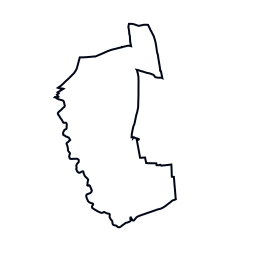 outline of Cuautlancingo, Puebla, Mexico, rotated 146°
{"feature_id": "50627088B22654008154973", "entity_name": "Cuautlancingo", "entity_type": "district", "adm_level": 2, "iso_a3": "MEX", "parent_name": "Mexico", "parent_adm1": "Puebla", "projection": "albers", "projection_center": [-98.25, 19.119], "detail": "fine", "context": "isolated", "style": "outline", "palette": "ink", "viewbox_px": 256, "rotation_deg": 146, "n_neighbors": 0, "source": "geoboundaries", "source_scale": "gbopen_adm2", "svg_char_len": 5843}
<svg xmlns="http://www.w3.org/2000/svg" viewBox="0 0 256 256"><g transform="rotate(146 128 128)"><path d="M167.5,48.8L160.3,46.9L149.0,43.9L146.0,42.8L143.1,42.4L140.5,42.4L138.0,42.6L134.1,42.8L132.5,43.0L131.6,43.0L130.5,42.7L129.4,42.4L128.2,42.2L127.8,43.1L126.2,45.9L125.5,47.2L123.9,50.0L121.1,55.1L117.3,61.8L118.9,63.1L118.5,63.8L115.6,68.4L113.3,72.1L112.5,73.5L118.4,76.5L119.2,77.1L119.6,77.3L120.1,77.4L120.8,77.8L121.5,78.2L121.6,79.1L121.7,79.4L122.4,79.7L123.3,79.9L125.1,81.2L124.3,82.9L130.5,87.2L132.5,88.8L130.4,94.0L133.1,95.6L134.6,96.6L127.3,113.4L127.1,113.2L126.9,113.0L126.5,112.8L125.6,112.3L125.2,112.2L124.9,111.9L125.8,113.6L126.1,114.0L127.1,115.1L127.5,115.7L127.8,116.1L128.1,116.8L128.3,116.9L128.6,117.0L129.0,116.9L128.9,117.0L128.9,117.3L129.0,117.6L129.1,117.8L130.2,118.3L128.2,120.9L124.6,124.5L122.8,126.2L120.3,127.9L118.7,129.4L117.4,130.7L114.0,134.0L111.8,135.8L109.5,138.0L108.3,139.2L107.6,140.1L100.5,150.0L98.3,153.3L93.3,160.6L91.3,163.7L90.5,165.1L89.2,168.1L88.9,169.3L88.4,170.3L88.2,170.9L88.2,171.3L87.2,170.3L84.8,167.1L84.3,166.9L83.7,165.9L82.1,163.9L81.4,163.0L80.3,162.0L79.0,160.5L78.4,159.7L78.0,158.9L77.5,158.4L77.2,157.9L77.0,156.5L77.0,155.2L76.7,154.6L75.1,153.0L74.1,152.3L73.0,151.6L71.8,150.6L71.6,150.2L68.9,156.8L69.3,157.3L69.2,157.5L69.1,157.9L68.9,158.3L68.7,158.4L66.9,162.1L66.3,163.5L65.0,166.3L63.9,168.8L62.4,171.7L61.7,174.2L58.6,180.6L57.6,182.9L56.9,184.6L55.6,188.8L55.4,189.3L55.4,189.5L55.2,190.7L55.0,192.5L54.9,193.1L54.9,193.8L54.7,194.4L54.7,195.5L54.6,196.6L54.3,198.0L53.7,202.3L55.6,203.7L56.3,204.2L57.4,204.8L61.3,206.4L62.0,206.7L62.3,207.0L64.6,210.1L65.1,210.7L66.4,212.1L69.0,213.8L70.2,212.6L71.2,211.6L71.7,210.4L72.8,207.9L74.2,205.5L75.0,203.3L77.5,199.0L77.9,198.5L79.7,194.1L80.8,195.4L81.9,196.1L82.7,196.5L87.4,198.3L87.6,198.4L87.7,198.5L87.8,198.3L91.6,199.8L92.9,200.2L97.8,202.0L101.6,203.0L108.3,204.2L115.4,205.6L116.1,206.3L118.3,207.4L124.3,210.8L128.5,213.5L133.1,209.5L134.3,208.4L135.2,207.7L136.4,206.6L137.9,205.5L140.0,204.5L141.9,203.7L150.0,202.1L152.4,201.8L153.1,201.7L156.9,201.0L159.7,200.6L161.0,200.5L163.6,200.5L162.9,199.6L162.1,198.7L160.4,197.5L159.9,197.0L159.6,196.6L162.0,196.7L166.5,196.9L166.3,196.1L166.1,195.5L168.4,195.3L168.2,192.8L169.0,192.8L169.7,193.1L169.8,193.4L171.1,194.5L171.5,194.4L171.2,194.1L171.0,193.8L170.2,191.8L169.7,190.9L169.4,190.5L168.9,190.0L168.5,189.5L168.0,188.9L167.0,187.7L166.5,186.9L166.4,186.1L166.9,184.6L167.8,182.1L168.3,181.5L168.6,181.2L169.2,181.1L170.0,181.1L172.8,180.5L173.8,180.3L175.7,180.2L176.8,180.0L177.3,179.7L177.8,179.6L178.0,179.4L178.2,179.0L178.2,178.5L178.4,178.0L178.3,177.3L178.3,176.7L178.3,175.9L178.4,174.8L178.4,173.8L178.4,173.1L178.3,172.3L178.4,170.9L178.5,169.9L178.6,168.9L178.5,168.4L178.0,168.0L177.0,167.5L176.6,167.1L176.4,166.5L176.6,165.8L176.7,165.3L177.1,164.6L177.6,164.1L178.2,163.5L178.6,162.7L179.0,162.2L179.4,161.8L179.7,161.7L180.0,161.7L181.0,161.8L181.3,162.0L181.8,161.9L182.2,161.8L182.7,161.4L183.4,161.1L183.9,160.8L184.1,160.7L184.5,160.2L184.8,159.8L185.1,159.2L185.3,159.0L185.5,158.7L185.4,158.5L185.3,158.1L185.1,157.5L184.9,157.3L184.7,157.2L184.5,156.6L184.4,155.9L184.3,155.7L184.2,155.6L184.0,155.3L183.7,155.1L183.3,154.4L183.0,154.0L182.9,153.7L182.6,153.3L182.5,152.7L182.5,152.4L182.6,151.4L182.6,151.1L182.6,150.8L182.7,150.5L182.7,150.4L183.3,150.3L184.4,150.2L185.5,149.9L186.1,149.8L186.8,149.9L187.4,149.7L187.7,149.5L187.9,148.8L188.1,147.8L188.2,147.2L188.6,146.3L188.8,145.7L189.1,145.0L189.5,144.3L190.2,143.0L190.3,142.7L190.4,142.1L190.4,141.4L190.2,140.8L190.2,140.1L190.3,139.4L190.4,139.2L191.5,138.4L192.1,137.9L192.2,137.7L192.7,137.3L192.9,137.0L193.0,136.6L193.0,136.2L193.1,135.9L193.2,135.7L193.3,135.2L193.0,134.7L192.0,133.8L191.5,133.5L190.8,133.2L190.1,132.8L189.7,132.4L189.3,132.1L188.2,131.6L187.5,131.0L187.3,130.8L187.1,130.6L187.0,130.2L186.9,129.8L186.8,129.6L186.7,129.2L186.8,128.9L187.1,128.5L187.4,127.9L188.0,127.4L188.3,127.2L188.7,127.1L189.3,127.1L190.6,126.6L191.2,126.3L191.8,125.8L192.1,125.3L192.2,125.0L192.4,124.7L192.6,124.4L192.7,124.0L193.0,123.5L193.6,123.2L193.9,122.9L194.0,122.4L194.1,121.9L194.3,120.2L194.3,119.6L194.1,119.2L193.9,118.7L193.5,118.2L193.4,118.1L192.7,117.9L192.1,117.7L191.0,117.8L190.0,117.5L189.5,117.2L189.6,116.3L189.9,115.6L190.3,114.6L190.5,113.3L190.6,112.1L190.5,111.1L190.3,110.6L190.2,110.2L190.0,109.0L190.0,108.7L189.9,108.3L189.9,107.5L190.1,107.2L190.7,106.7L191.7,105.7L192.1,105.3L192.7,104.5L193.2,103.8L193.5,103.6L193.7,103.4L193.8,103.3L193.6,102.8L193.3,102.4L193.0,102.3L192.3,102.3L192.1,102.1L192.0,101.7L191.9,101.1L192.0,100.9L192.1,100.5L192.3,99.6L192.4,98.6L192.6,98.2L192.6,97.8L192.8,97.6L192.8,97.1L192.8,96.8L192.8,96.6L192.9,96.4L193.2,96.2L193.5,95.9L193.9,95.6L195.4,95.2L195.9,95.2L196.8,95.4L198.3,95.8L198.9,95.9L199.4,95.9L199.8,95.8L200.2,95.5L200.4,95.2L200.7,95.0L200.9,94.6L201.5,92.7L202.0,89.6L201.7,88.3L201.3,87.5L200.7,86.5L199.8,85.6L199.4,84.8L199.5,84.3L200.0,83.9L201.2,83.5L201.6,83.2L202.1,82.6L202.3,81.8L202.2,81.4L202.0,81.0L201.4,79.4L200.9,78.4L200.4,77.4L199.9,76.1L197.7,72.7L197.0,72.2L195.6,71.8L194.9,71.8L194.6,71.5L194.1,70.5L193.7,69.9L193.0,68.8L191.5,67.2L191.4,66.7L191.5,66.5L192.0,65.8L192.8,64.8L193.1,64.2L193.4,62.0L193.2,60.6L193.1,59.9L193.2,59.4L193.5,58.7L194.1,57.8L194.3,57.2L194.4,56.4L194.2,55.6L193.7,54.9L192.9,54.2L192.2,53.4L192.0,52.1L191.4,51.0L190.8,50.6L190.1,50.4L189.2,50.3L187.7,50.4L185.8,50.5L184.1,50.5L183.1,50.7L182.3,50.4L181.8,50.1L180.1,49.7L178.8,49.5L178.1,49.5L177.5,49.8L177.1,50.2L177.0,51.1L176.8,51.5L176.4,52.0L176.0,52.3L175.9,52.4L175.6,52.2L175.7,51.7L175.7,50.9L175.9,49.4L175.7,48.6L175.2,48.2L174.7,48.1L173.9,48.3L172.4,48.8L170.9,49.2L169.6,49.2L167.5,48.8Z" fill="none" stroke="#020617" stroke-width="2"/></g></svg>